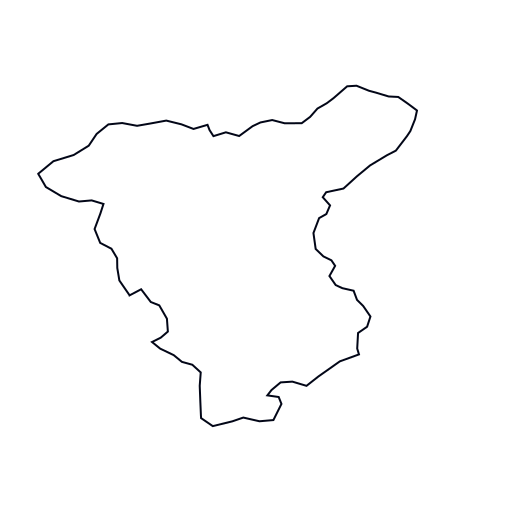 the district of Värnamo, Jönköping, Sweden, rotated 256°
{"feature_id": "70781695B84556885124155", "entity_name": "Värnamo", "entity_type": "district", "adm_level": 2, "iso_a3": "SWE", "parent_name": "Sweden", "parent_adm1": "Jönköping", "projection": "orthographic", "projection_center": [14.133, 57.154], "detail": "fine", "context": "isolated", "style": "outline", "palette": "ink", "viewbox_px": 512, "rotation_deg": 256, "n_neighbors": 0, "source": "geoboundaries", "source_scale": "gbopen_adm2", "svg_char_len": 1489}
<svg xmlns="http://www.w3.org/2000/svg" viewBox="0 0 512 512"><g transform="rotate(256 256 256)"><path d="M358.4,447.3L367.3,440.0L375.9,432.5L378.7,423.3L385.5,411.9L389.0,405.6L396.9,394.7L398.6,385.5L390.5,369.6L387.1,361.6L384.2,351.3L377.9,342.2L373.8,332.5L377.8,316.0L384.0,304.6L384.5,292.6L382.8,284.1L376.5,268.7L383.3,256.7L382.6,243.7L389.4,241.4L395.0,240.7L394.4,226.1L401.8,215.5L409.1,201.7L410.1,185.8L411.1,172.1L417.4,158.3L419.4,144.6L413.0,130.9L403.5,120.4L398.1,103.5L397.0,82.4L388.5,64.6L388.3,64.6L383.6,66.0L373.8,68.8L361.2,81.5L351.7,97.4L349.7,110.0L343.4,120.6L334.9,115.3L321.2,105.9L306.4,108.0L298.0,117.5L287.4,120.7L277.9,118.5L265.3,117.5L248.5,123.8L248.4,123.8L251.5,136.5L236.8,142.8L231.5,150.2L216.7,154.4L204.0,152.2L199.8,143.8L197.7,134.3L189.3,140.6L179.7,152.2L171.2,158.5L165.9,167.9L156.4,174.2L143.7,170.0L127.9,166.7L114.7,164.0L112.0,163.5L101.4,172.9L101.3,193.0L102.3,204.6L94.8,219.4L92.6,233.2L106.3,244.9L113.7,243.9L118.0,233.3L122.2,238.6L127.4,249.3L125.3,260.9L117.8,273.6L124.0,287.4L133.5,311.9L135.6,332.1L141.7,331.8L156.6,336.4L160.5,346.7L169.6,352.4L181.6,347.9L189.0,343.4L198.7,342.3L203.9,332.0L208.5,326.3L218.8,322.4L227.3,330.4L233.6,328.1L239.3,321.3L248.4,315.6L264.4,317.3L277.5,326.4L279.7,334.4L287.2,340.1L296.9,335.0L300.9,339.5L300.3,357.2L308.9,373.2L316.3,388.6L322.1,407.5L324.4,417.2L335.8,431.5L339.9,436.0L350.2,443.4L358.2,447.4L358.4,447.3Z" fill="none" stroke="#020617" stroke-width="2"/></g></svg>